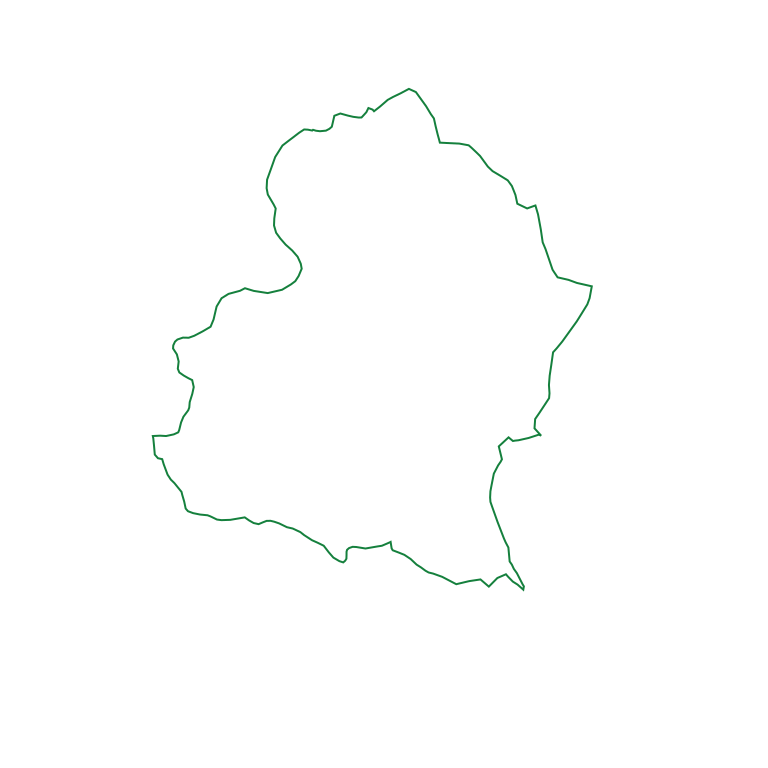 Rawanduz, Arbil, Iraq, rotated 229°
{"feature_id": "34846034B23954207715880", "entity_name": "Rawanduz", "entity_type": "district", "adm_level": 2, "iso_a3": "IRQ", "parent_name": "Iraq", "parent_adm1": "Arbil", "projection": "natural_earth1", "projection_center": [44.626, 36.804], "detail": "fine", "context": "isolated", "style": "outline", "palette": "green", "viewbox_px": 768, "rotation_deg": 229, "n_neighbors": 0, "source": "geoboundaries", "source_scale": "gbopen_adm2", "svg_char_len": 3106}
<svg xmlns="http://www.w3.org/2000/svg" viewBox="0 0 768 768"><g transform="rotate(229 384 384)"><path d="M137.4,354.2L139.5,356.8L141.9,357.2L154.1,360.2L159.3,360.7L163.8,362.0L167.6,362.4L179.0,370.6L184.6,371.9L188.8,373.2L205.4,379.2L220.7,385.2L225.2,387.0L228.7,389.6L233.2,393.9L236.3,397.8L244.3,408.1L247.7,416.7L248.8,421.0L249.8,423.6L261.6,429.7L262.0,443.0L256.4,443.9L255.4,445.6L253.3,448.6L248.4,457.7L244.2,467.6L241.9,468.7L251.8,468.5L258.4,475.1L260.3,482.5L265.0,499.3L268.4,502.8L275.0,507.8L281.6,514.5L288.5,522.6L297.0,532.4L297.6,537.5L299.1,546.4L304.8,570.6L306.5,576.2L310.7,589.7L313.9,595.5L321.4,604.9L333.7,595.9L341.5,591.6L350.6,585.0L356.9,585.8L359.7,586.2L379.8,594.4L386.8,596.7L397.7,603.7L410.9,611.5L419.4,615.4L419.5,615.2L422.6,607.2L432.6,602.9L440.4,607.2L444.6,608.7L449.5,610.4L456.5,611.0L465.2,608.3L473.4,605.6L480.0,605.0L493.0,606.1L498.1,605.7L505.2,605.0L508.6,604.5L516.0,598.6L524.3,589.9L529.5,584.5L532.5,586.0L537.3,588.3L544.7,592.1L551.7,595.9L556.9,596.4L566.0,598.0L583.4,599.6L590.4,596.4L592.5,587.2L594.7,579.2L596.0,573.2L596.0,563.0L596.4,555.4L598.6,555.4L602.5,553.3L600.7,549.0L600.3,545.7L599.9,541.9L601.6,539.8L605.9,536.0L610.3,532.8L616.8,528.5L619.0,522.5L615.5,517.7L612.4,513.4L612.4,510.1L612.5,509.8L613.3,506.4L616.8,501.5L619.8,498.8L622.4,497.2L622.4,496.1L625.9,493.4L628.5,490.7L629.3,484.8L630.2,470.8L630.6,463.8L626.7,450.8L620.6,440.0L614.9,429.8L608.8,423.9L603.2,420.6L591.9,418.5L587.5,417.4L581.0,409.9L575.8,405.0L568.9,401.8L561.9,401.2L553.7,401.2L545.0,402.3L540.6,402.3L536.7,402.3L529.4,400.1L525.0,397.5L521.5,390.4L519.8,384.5L520.2,379.1L522.0,368.9L528.9,355.9L539.7,346.8L547.5,341.9L548.8,336.5L554.0,325.8L555.3,317.7L552.3,308.5L544.5,297.7L541.0,290.7L542.7,281.6L544.9,272.4L547.0,267.0L550.9,262.7L553.1,257.3L553.1,254.1L551.4,250.3L549.2,248.1L542.2,247.1L535.7,243.8L530.8,238.4L527.0,237.1L521.8,238.4L516.9,240.1L512.8,241.8L506.5,238.4L502.3,232.8L497.8,225.5L494.0,221.6L492.6,219.0L490.9,211.2L488.1,205.6L483.6,199.2L482.5,197.0L483.9,192.3L487.7,185.4L491.9,181.1L496.4,175.4L494.3,174.2L488.1,169.8L481.1,164.7L476.3,164.7L472.8,167.3L468.0,165.1L457.6,161.2L451.7,160.4L446.8,160.8L435.4,160.4L432.9,159.1L426.4,156.1L420.1,152.6L416.6,152.6L411.8,155.2L406.2,159.5L400.7,164.7L398.3,166.0L396.5,166.8L391.3,169.0L387.9,172.0L382.3,178.9L378.1,185.8L374.7,191.4L369.5,192.7L364.6,194.4L360.5,197.4L359.1,201.7L357.7,205.6L355.2,208.6L352.1,210.8L347.6,213.4L339.6,216.8L334.8,220.3L327.1,223.7L322.3,224.6L313.3,227.2L307.7,229.8L301.5,232.4L293.1,231.9L286.2,231.9L279.6,234.1L276.1,236.2L276.1,238.8L276.8,241.0L279.6,243.6L282.0,245.7L283.1,247.4L283.1,250.0L281.7,253.5L279.2,256.1L272.0,262.1L265.7,272.5L263.3,276.3L261.5,281.9L260.7,284.5L260.5,285.4L254.9,281.9L252.8,281.5L247.0,284.6L241.7,287.3L234.4,289.3L226.3,290.1L221.3,291.6L215.9,292.8L212.5,294.0L208.7,296.7L200.3,301.4L185.5,307.2L179.8,318.1L179.0,319.5L173.2,328.6L162.3,330.2L163.2,342.3L160.4,351.2L157.2,351.2L150.3,351.6L145.0,353.2L137.4,354.2Z" fill="none" stroke="#15803d" stroke-width="2"/></g></svg>